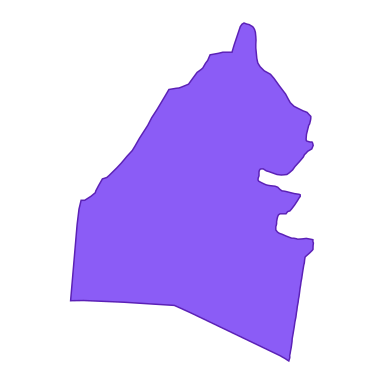 Badra, Wasit, Iraq
{"feature_id": "34846034B90360229888797", "entity_name": "Badra", "entity_type": "district", "adm_level": 2, "iso_a3": "IRQ", "parent_name": "Iraq", "parent_adm1": "Wasit", "projection": "mercator", "projection_center": [46.047, 33.067], "detail": "fine", "context": "isolated", "style": "filled", "palette": "violet", "viewbox_px": 384, "rotation_deg": 0, "n_neighbors": 0, "source": "geoboundaries", "source_scale": "gbopen_adm2", "svg_char_len": 2777}
<svg xmlns="http://www.w3.org/2000/svg" viewBox="0 0 384 384"><path d="M312.9,239.7L311.6,239.4L306.3,238.4L302.2,238.9L297.7,239.2L296.3,238.7L293.8,238.2L291.8,238.2L289.1,237.2L286.0,236.0L282.2,234.3L279.3,233.3L277.5,232.1L275.8,229.9L275.8,226.7L276.4,224.8L276.6,223.6L276.6,221.6L277.2,218.4L277.7,216.5L278.5,214.8L280.1,213.8L281.5,213.8L283.8,213.8L286.0,213.8L287.1,212.3L287.7,211.6L289.9,210.9L291.8,208.7L294.6,205.0L297.5,200.6L299.1,197.9L300.2,196.5L300.2,194.8L299.1,194.3L297.1,194.0L294.4,193.6L290.3,192.6L285.6,191.4L284.0,191.1L282.0,190.9L279.9,189.4L277.7,187.2L276.4,186.7L275.0,186.2L273.2,186.0L270.5,185.7L268.0,185.3L266.0,184.8L263.8,183.8L260.7,182.3L258.6,181.1L258.0,179.9L258.2,177.9L258.7,176.7L259.0,175.7L259.0,174.0L259.0,171.8L259.5,170.1L260.3,169.1L261.5,168.9L263.3,168.9L264.8,169.9L266.4,170.9L268.9,171.6L273.6,173.3L277.0,174.5L281.3,175.0L284.0,174.8L286.9,174.5L289.3,172.8L292.6,169.9L295.0,166.5L297.9,163.3L299.3,161.8L303.4,156.9L303.8,156.0L304.4,154.7L305.9,153.3L307.7,151.3L311.8,148.9L313.2,145.4L312.6,143.0L312.0,142.0L310.0,142.0L306.9,141.1L306.3,140.6L306.1,138.9L306.5,134.2L308.7,125.4L309.6,123.9L310.6,119.8L310.8,118.1L310.8,116.4L308.9,114.4L307.1,112.4L304.9,111.5L303.4,111.0L298.3,108.5L294.0,106.3L290.3,102.7L288.3,99.2L285.6,94.1L279.3,85.8L274.0,78.4L270.5,74.3L269.1,73.5L264.2,70.8L260.1,66.7L257.8,63.0L256.8,58.4L256.2,52.0L255.8,48.1L255.8,45.6L255.8,44.8L255.8,43.9L256.0,40.2L255.8,36.6L255.4,32.4L254.6,29.7L253.7,28.0L252.7,26.7L249.2,24.6L246.6,24.0L244.0,23.0L242.0,24.2L240.3,26.6L234.2,44.8L232.0,52.2L222.9,52.2L218.5,53.3L210.1,54.8L207.7,60.4L205.5,63.3L202.8,68.0L201.1,69.5L197.1,72.4L193.0,78.0L188.5,84.2L184.4,85.9L181.4,87.1L179.0,88.0L176.0,88.3L168.9,89.5L165.7,95.0L157.1,109.4L151.7,117.7L147.8,125.3L139.5,138.2L135.0,146.1L132.3,150.5L126.9,156.4L121.3,163.1L116.9,167.8L109.8,174.8L109.2,175.4L106.8,177.5L102.4,178.9L98.7,185.4L95.8,190.9L95.3,192.7L91.1,196.2L84.7,200.3L81.1,200.3L79.0,209.1L77.1,224.7L70.6,300.7L76.5,300.6L83.7,300.5L123.5,302.2L153.4,304.1L174.3,305.4L189.8,312.4L280.3,355.8L282.3,357.0L285.0,358.5L287.4,360.1L288.8,361.0L289.1,360.0L289.7,358.0L289.8,357.3L289.7,355.3L290.0,354.0L290.2,353.1L290.5,351.1L291.2,347.6L292.0,341.8L292.2,338.7L293.1,333.6L294.2,327.0L294.9,322.0L295.9,317.1L296.5,312.3L296.9,310.1L297.3,306.6L298.1,302.4L298.5,299.1L299.0,296.6L299.4,293.6L300.1,288.1L300.6,285.2L301.0,282.0L301.7,278.4L302.2,274.9L302.7,271.6L303.5,266.7L303.8,264.9L304.3,263.1L304.5,261.1L304.7,259.3L304.9,258.3L304.9,257.5L305.5,256.6L307.3,255.0L309.7,252.9L310.7,251.9L312.4,250.2L313.0,249.3L313.0,249.1L313.0,247.4L313.1,245.4L313.4,243.0L312.9,241.7L312.9,240.5L312.9,239.7Z" fill="#8b5cf6" stroke="#5b21b6" stroke-width="1.5"/></svg>